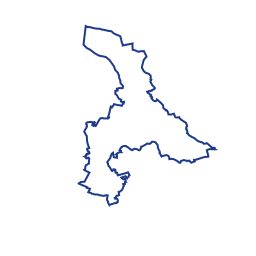 the district of Apahida, Cluj, Romania, rotated 29°
{"feature_id": "2599482B3126144168162", "entity_name": "Apahida", "entity_type": "district", "adm_level": 2, "iso_a3": "ROU", "parent_name": "Romania", "parent_adm1": "Cluj", "projection": "equal_earth", "projection_center": [23.734, 46.787], "detail": "fine", "context": "isolated", "style": "outline", "palette": "blue", "viewbox_px": 256, "rotation_deg": 29, "n_neighbors": 0, "source": "geoboundaries", "source_scale": "gbopen_adm2", "svg_char_len": 5905}
<svg xmlns="http://www.w3.org/2000/svg" viewBox="0 0 256 256"><g transform="rotate(29 128 128)"><path d="M213.5,103.4L211.0,104.4L204.4,103.0L203.3,104.1L202.0,105.0L201.6,105.0L200.9,104.7L199.4,104.6L199.1,104.9L196.9,105.3L194.8,105.5L191.1,104.7L188.1,104.9L184.5,104.7L183.2,103.8L182.1,103.9L181.5,102.0L180.9,101.5L179.7,101.0L179.7,100.4L178.8,99.9L178.8,99.2L178.6,98.4L178.8,97.6L176.2,95.3L174.6,95.3L172.2,95.0L171.1,95.1L169.8,94.7L168.3,94.5L167.6,93.7L165.4,95.3L164.8,95.5L163.9,95.5L161.2,93.2L159.4,95.2L156.8,96.5L155.2,94.7L154.1,94.3L153.6,93.8L153.1,93.7L152.9,94.1L152.5,94.2L150.7,93.6L149.3,93.4L148.7,92.7L148.4,92.1L147.4,91.0L144.1,90.0L139.5,89.0L139.7,89.9L139.6,90.5L139.3,91.0L138.6,91.5L137.0,91.7L134.1,90.6L134.3,89.8L133.8,89.7L133.8,89.3L132.1,89.1L132.3,88.0L128.1,87.6L127.2,87.0L129.8,84.6L129.6,84.6L130.6,83.7L130.6,83.1L131.0,82.7L131.7,81.6L132.1,81.3L132.2,80.1L131.1,79.5L128.5,78.8L126.3,77.4L125.1,76.7L125.0,74.5L124.1,74.6L123.8,73.5L123.2,72.7L123.0,71.9L122.2,71.2L120.7,70.7L118.7,70.7L117.0,71.1L114.2,70.7L112.8,69.6L111.3,68.9L110.3,67.3L109.9,65.2L109.0,62.0L108.9,60.3L109.1,58.7L109.2,58.0L109.7,56.8L108.3,55.5L107.4,55.0L104.5,53.0L103.8,53.7L101.9,54.6L100.3,56.2L99.6,56.2L98.6,56.6L97.7,56.5L96.3,56.7L94.2,57.3L91.3,52.7L91.0,51.9L83.4,58.4L82.8,57.3L81.2,56.3L78.6,53.3L76.8,51.6L76.2,51.5L71.3,52.1L69.5,52.1L68.0,51.8L67.3,51.5L66.3,51.5L65.5,51.8L64.7,52.3L61.0,53.3L60.2,53.7L58.8,53.9L57.5,54.6L54.8,55.0L53.9,55.6L51.2,56.8L48.3,57.7L46.7,57.9L44.3,58.9L43.7,59.4L42.1,59.2L41.6,59.3L48.7,76.7L53.0,78.0L56.9,77.9L62.2,78.7L64.8,78.8L67.8,78.7L72.6,77.1L74.6,76.7L79.0,77.6L83.9,79.9L86.1,81.0L87.5,82.5L88.8,83.4L92.3,84.6L94.3,86.2L95.0,86.9L96.2,88.7L97.5,89.6L98.6,90.6L99.0,91.4L99.6,92.3L102.4,93.4L103.6,94.0L103.6,94.6L104.0,95.7L100.7,97.5L100.4,98.1L99.6,98.6L99.3,98.9L100.0,99.5L99.9,99.7L100.7,100.3L98.9,101.7L99.7,102.7L100.0,103.8L100.5,104.4L101.3,104.4L102.9,104.9L104.6,106.2L105.9,106.8L106.8,106.9L108.1,106.4L108.4,106.6L109.0,108.3L110.8,108.0L111.6,107.0L112.0,107.2L112.1,107.8L111.8,107.6L111.6,107.8L111.8,111.7L110.2,112.0L107.8,113.0L104.2,113.9L104.3,114.8L104.0,117.5L103.6,117.4L103.6,117.9L102.6,117.8L104.6,124.7L105.2,127.5L106.3,127.8L106.3,128.2L106.1,128.5L105.6,128.6L106.0,129.3L105.9,129.4L101.9,131.5L100.4,131.7L100.1,132.3L99.1,133.1L98.9,134.7L98.8,141.1L98.6,141.1L98.6,141.9L97.0,141.8L97.0,142.8L95.5,142.9L95.4,142.2L95.0,141.6L96.3,140.7L95.9,140.4L96.3,139.9L96.3,139.2L95.7,139.2L95.7,139.6L95.5,139.9L92.5,140.6L92.0,141.1L89.6,142.8L89.2,143.9L89.4,144.3L89.3,144.7L90.7,145.4L91.2,146.3L91.1,147.0L91.5,147.5L91.3,151.2L91.6,152.6L92.9,153.2L93.9,154.0L95.8,155.0L98.8,159.6L100.8,161.8L103.8,164.3L102.3,165.9L102.5,166.6L102.9,166.8L103.2,166.8L103.8,167.3L103.9,167.6L104.5,167.6L104.9,168.1L105.5,167.7L106.0,168.2L106.1,168.5L106.4,168.6L106.4,168.8L106.1,169.0L106.4,169.2L106.3,169.4L105.8,169.9L105.6,169.7L104.3,170.9L104.5,171.5L104.9,171.7L105.0,172.1L104.9,172.3L104.7,171.9L104.4,172.0L104.3,172.3L104.6,172.8L104.6,173.0L104.1,173.8L104.4,173.7L105.9,174.1L105.7,174.5L106.2,174.8L106.8,174.5L107.5,173.6L107.7,173.2L107.9,173.3L108.3,173.2L109.1,173.7L110.0,176.2L111.1,178.0L110.5,178.7L110.1,179.7L109.4,180.6L109.3,181.1L109.4,182.3L110.2,184.1L110.3,184.6L109.9,185.8L111.5,185.9L115.9,185.7L116.0,196.1L113.0,198.0L112.0,199.8L111.9,200.5L120.9,199.6L121.0,200.3L124.2,199.6L124.4,201.5L124.3,203.4L125.2,203.4L126.3,202.9L127.2,202.8L128.1,203.0L129.7,202.5L130.6,202.4L132.0,201.9L133.8,200.8L135.7,200.6L136.3,200.3L138.2,199.7L139.7,199.1L141.5,197.4L142.9,196.8L143.2,198.1L143.8,199.1L143.9,200.1L144.5,201.1L145.9,201.8L146.8,203.1L148.9,204.2L149.2,204.5L149.4,204.0L149.9,203.3L152.3,200.7L154.1,199.3L154.1,199.2L154.4,198.9L154.7,198.4L154.4,198.3L154.7,197.9L154.8,197.5L154.4,196.5L153.1,195.2L152.2,195.2L151.5,195.7L151.4,195.8L151.2,195.6L150.9,195.9L150.7,195.7L150.7,195.4L150.4,195.4L151.0,194.1L150.8,192.8L151.9,192.1L152.8,191.0L150.8,188.4L151.4,188.0L151.9,187.2L152.8,185.1L152.6,181.9L152.2,181.1L152.4,180.7L151.0,179.4L152.5,178.6L151.5,176.5L152.2,176.1L151.8,175.9L151.5,175.3L150.2,173.7L149.1,174.9L148.2,175.2L146.2,174.6L149.2,171.4L151.6,172.3L151.6,171.5L152.1,170.5L151.9,169.5L152.2,168.5L149.5,166.8L148.1,168.4L142.1,174.3L140.8,173.2L140.2,172.4L139.2,172.7L138.8,173.1L138.6,173.0L137.1,170.6L136.4,170.8L136.8,171.0L136.7,171.5L136.1,171.3L135.6,171.4L135.4,171.8L135.4,172.1L135.0,173.3L134.1,173.0L132.4,171.9L130.5,170.9L129.2,170.5L128.4,169.8L127.7,168.8L126.6,168.3L126.5,167.9L126.5,166.7L127.1,162.7L126.8,161.6L126.4,160.8L126.5,159.8L126.3,158.7L126.4,158.0L126.9,156.9L129.7,160.4L132.8,159.4L131.4,156.9L130.3,157.0L130.8,155.6L131.5,154.3L132.8,153.0L133.8,152.4L133.0,152.1L132.9,151.4L131.4,151.5L131.4,148.4L132.5,146.4L132.8,146.0L134.0,145.2L135.1,144.7L136.1,145.0L137.7,144.9L139.3,145.3L141.4,145.5L142.6,145.3L142.8,144.8L142.7,144.5L143.8,142.9L144.5,142.8L145.7,142.3L146.5,142.1L147.9,142.3L148.4,142.2L149.1,141.5L149.1,141.1L149.2,140.1L148.5,138.1L149.3,137.4L151.5,133.9L152.2,132.4L154.5,131.5L154.8,130.9L155.2,130.6L155.6,128.4L157.8,127.3L159.4,127.3L160.1,127.8L161.8,128.3L162.6,129.0L163.6,130.6L165.2,132.0L166.6,132.7L167.5,133.7L168.1,134.5L167.9,134.7L169.6,135.6L170.4,136.3L171.3,136.6L171.4,136.2L172.0,135.3L172.9,134.8L174.2,133.4L175.5,132.9L176.5,132.8L177.7,133.4L178.4,133.9L178.7,134.5L179.3,135.2L179.8,134.9L180.4,134.2L183.1,133.1L186.1,133.0L187.7,133.1L190.0,133.5L190.7,132.8L190.3,131.6L190.4,131.0L191.3,130.3L192.1,129.1L194.9,128.2L195.7,128.4L197.3,126.8L200.1,127.7L202.5,124.9L201.2,124.0L201.1,123.9L201.2,123.7L202.5,123.1L209.0,116.2L212.1,114.3L212.2,114.1L211.9,113.6L207.7,109.2L208.5,108.1L210.2,106.5L210.9,106.0L211.6,106.0L212.8,105.2L213.8,104.9L214.4,104.5L214.0,104.5L213.5,103.4Z" fill="none" stroke="#1e3a8a" stroke-width="2"/></g></svg>